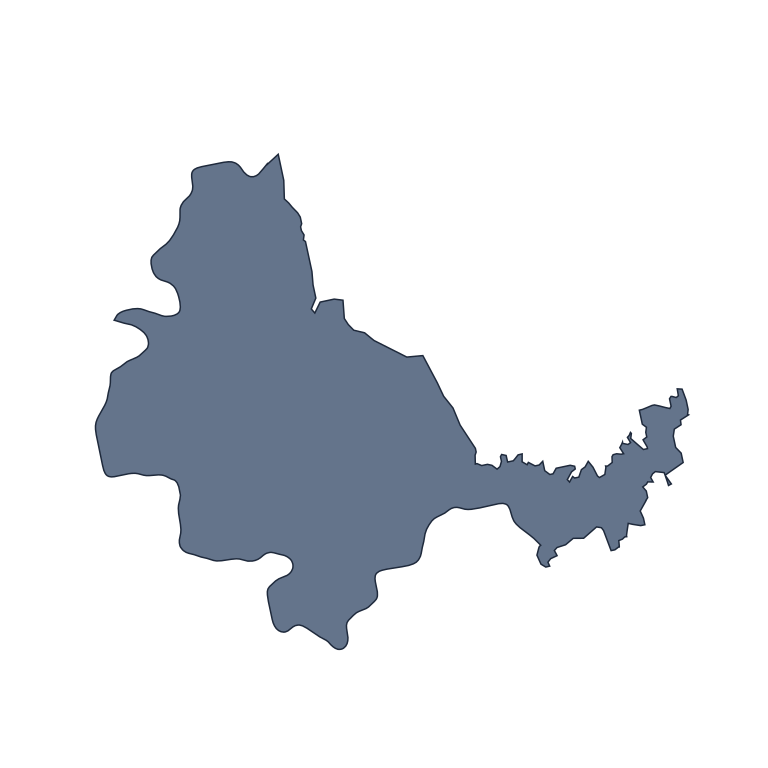 outline of Comendador, La Estrelleta, Dominican Republic, rotated 168°
{"feature_id": "3306468B70878351440693", "entity_name": "Comendador", "entity_type": "district", "adm_level": 2, "iso_a3": "DOM", "parent_name": "Dominican Republic", "parent_adm1": "La Estrelleta", "projection": "robinson", "projection_center": [-71.739, 18.919], "detail": "fine", "context": "isolated", "style": "filled", "palette": "slate", "viewbox_px": 768, "rotation_deg": 168, "n_neighbors": 0, "source": "geoboundaries", "source_scale": "gbopen_adm2", "svg_char_len": 6153}
<svg xmlns="http://www.w3.org/2000/svg" viewBox="0 0 768 768"><g transform="rotate(168 384 384)"><path d="M265.8,192.8L266.7,191.4L270.0,184.8L269.4,182.0L267.9,175.1L263.8,171.3L259.8,171.4L260.7,175.6L257.3,178.5L250.4,180.1L250.9,182.0L252.0,185.7L248.7,188.1L239.8,189.0L231.0,193.7L220.8,191.6L205.8,200.0L201.2,198.2L199.7,195.0L196.5,173.8L192.6,173.8L188.4,175.8L187.9,175.6L187.6,176.2L186.9,182.0L183.0,182.7L180.3,184.4L178.3,184.2L178.3,185.4L176.6,190.2L174.1,196.9L169.9,195.0L162.3,192.1L158.1,192.1L158.1,198.8L159.1,203.5L159.8,206.5L151.9,215.5L152.0,215.7L150.2,217.5L149.7,218.0L149.7,224.8L150.1,225.5L152.3,229.5L148.1,231.5L146.4,233.4L141.1,232.2L142.6,237.1L140.0,240.3L136.8,241.9L128.4,239.1L128.0,236.3L123.7,238.2L107.7,245.0L107.7,249.7L107.7,251.8L107.7,254.6L111.9,261.3L111.9,272.8L109.4,279.5L101.9,282.4L101.5,287.1L92.5,290.5L93.4,291.1L91.8,295.9L91.8,305.4L93.5,317.0L98.2,318.3L98.5,311.3L101.0,310.0L104.9,312.0L105.8,312.2L107.8,310.2L107.8,302.5L109.5,300.6L113.7,302.5L119.5,305.4L123.8,307.3L126.3,307.3L130.9,306.4L136.4,305.4L139.7,305.3L139.7,291.0L136.3,287.1L138.0,282.3L138.0,278.3L138.0,277.5L142.2,275.6L141.8,274.2L139.7,267.9L139.7,266.0L143.9,266.0L147.7,271.0L154.0,279.4L152.3,284.2L153.0,285.4L154.8,282.8L157.0,281.2L155.0,275.4L157.9,274.1L162.9,276.3L162.8,277.5L164.1,275.6L166.6,272.7L164.1,266.0L166.6,266.0L171.0,267.4L174.6,267.2L176.1,265.5L177.1,259.8L182.5,257.2L184.3,257.7L184.3,256.3L186.8,249.6L192.7,247.7L194.3,249.6L196.9,259.2L200.3,265.9L204.5,261.1L208.7,259.2L212.8,252.4L217.1,252.4L218.7,254.3L222.9,249.5L224.6,252.4L222.9,254.3L218.8,259.1L214.6,261.1L214.6,261.6L214.6,262.7L214.6,263.0L214.6,263.9L218.8,265.8L233.1,265.8L237.3,261.0L240.6,261.0L244.8,265.8L244.8,275.4L249.1,272.5L253.3,272.5L259.1,277.3L260.8,275.3L265.1,279.2L264.9,279.9L263.4,286.9L267.6,286.8L270.9,284.0L273.5,282.0L279.3,282.0L279.4,288.7L283.6,290.6L284.1,290.0L285.2,288.7L285.2,283.9L287.7,279.1L291.1,277.2L295.3,282.0L299.5,283.9L305.4,283.9L309.6,286.8L311.3,286.7L309.7,295.4L308.0,298.3L308.0,302.1L309.6,306.2L318.1,328.0L321.5,346.2L328.2,359.6L330.9,371.0L331.6,374.0L340.1,403.7L356.1,405.6L384.7,428.6L387.7,432.3L392.3,438.1L402.4,442.9L406.6,449.6L409.2,456.3L406.7,474.5L415.1,477.4L429.4,477.4L436.9,467.8L439.5,472.5L437.4,475.6L432.8,482.2L432.8,495.6L431.1,509.0L431.2,539.7L432.9,541.6L431.2,546.4L432.9,551.2L432.9,555.1L431.2,557.9L431.2,564.7L432.9,569.4L437.1,576.1L439.6,580.9L443.0,585.7L439.7,604.0L439.7,630.7L452.5,623.1L452.5,623.6L457.2,619.8L463.0,615.4L465.6,614.3L468.5,613.9L471.3,614.5L472.6,615.2L474.7,617.0L477.1,620.5L479.4,625.9L480.9,628.4L482.8,630.5L484.0,631.4L486.7,632.9L489.9,633.7L494.8,634.2L517.1,634.5L521.8,634.2L524.7,633.4L526.0,632.7L527.1,631.7L527.9,630.6L528.5,629.2L529.1,626.4L529.9,617.2L530.8,614.2L531.4,612.9L533.1,610.5L535.1,608.5L542.2,604.1L545.2,601.0L546.7,598.5L547.2,597.1L548.9,589.4L549.8,586.3L551.3,583.2L553.2,580.3L558.9,573.7L563.9,568.9L568.0,566.1L574.6,563.0L582.7,558.0L584.8,556.2L586.1,553.5L586.8,550.1L586.9,544.8L586.4,541.2L585.9,539.5L584.6,536.4L582.8,534.1L580.6,532.2L574.5,528.7L572.3,527.0L569.5,523.6L568.1,520.6L567.0,515.4L566.7,511.8L566.6,506.6L567.2,501.6L568.3,498.5L569.2,497.2L570.5,496.2L571.9,495.5L574.9,494.8L578.0,494.7L582.9,495.4L584.5,495.8L587.3,497.1L593.4,500.9L598.7,503.6L603.6,506.6L606.2,508.0L609.3,509.0L614.2,509.7L620.8,509.7L624.1,509.4L627.1,508.7L629.9,507.5L631.0,506.6L634.7,502.5L625.5,497.5L618.7,494.4L614.8,491.6L611.2,488.1L608.1,484.2L606.6,481.2L606.1,479.7L605.6,476.5L605.8,473.4L606.1,471.9L607.4,469.2L608.3,468.1L610.5,466.6L617.5,462.5L620.3,461.5L627.7,460.0L630.6,459.3L638.2,455.7L646.0,453.2L648.2,451.7L649.0,450.5L650.0,448.0L651.4,442.2L652.3,439.4L655.5,432.7L657.9,426.8L659.6,423.9L661.7,421.1L669.7,412.0L671.8,409.3L673.6,406.4L674.9,403.1L675.6,399.6L676.0,394.2L676.2,362.9L676.0,357.8L675.3,354.6L674.7,353.2L673.8,351.9L672.6,350.9L671.3,350.3L669.9,349.8L667.0,349.4L652.4,349.3L649.2,349.0L646.0,348.4L643.2,347.4L638.1,344.8L635.4,343.8L632.5,343.2L623.4,342.0L620.5,341.2L619.0,340.6L616.6,339.2L612.0,335.4L609.1,333.7L608.2,332.8L606.9,330.4L606.1,326.1L606.2,317.6L607.6,313.6L610.1,308.3L611.0,305.3L611.8,300.0L612.3,289.1L612.9,283.8L613.8,280.5L616.6,274.0L617.2,271.1L617.2,267.9L616.8,266.4L615.5,263.7L614.7,262.6L612.6,260.5L610.2,259.0L605.1,256.5L598.9,252.8L593.5,250.3L587.3,246.8L584.4,245.7L579.5,244.9L569.6,244.3L564.7,243.7L561.6,242.8L554.1,239.1L549.7,238.2L546.7,238.2L543.8,238.7L541.1,239.7L537.6,241.6L535.1,242.6L533.7,242.9L530.8,243.0L529.4,242.8L526.8,241.8L521.9,239.3L518.0,237.5L516.7,236.8L514.4,235.0L512.5,232.8L511.7,231.5L511.1,230.1L510.8,228.5L510.6,226.9L510.8,225.2L511.2,223.6L511.8,222.3L513.6,219.9L515.8,218.2L518.4,217.0L527.1,215.4L531.0,213.9L538.0,209.7L540.0,207.8L540.7,206.5L541.3,205.1L541.9,201.9L542.3,195.1L542.3,177.0L542.1,173.5L541.4,170.2L540.2,167.2L538.4,164.8L536.2,163.1L533.5,162.1L532.0,162.0L529.3,162.5L523.7,165.3L521.1,166.1L518.3,166.1L516.8,165.8L514.0,164.4L510.2,161.2L499.4,150.0L493.8,145.3L492.1,143.3L490.1,139.8L488.5,137.6L486.6,135.6L484.3,134.1L482.9,133.7L481.4,133.5L479.9,133.6L478.5,134.0L476.0,135.5L474.1,137.7L472.8,140.4L472.0,143.4L471.4,152.8L470.9,155.8L469.7,158.4L467.8,160.3L462.2,164.0L458.5,166.0L455.6,166.8L448.2,168.1L445.5,169.1L438.5,173.4L436.4,175.0L435.5,176.1L434.7,177.5L434.3,178.9L433.7,182.1L433.6,192.2L433.3,195.4L432.4,198.3L431.5,199.6L430.3,200.6L427.6,201.8L424.6,202.2L419.8,202.3L404.3,201.5L397.6,201.4L392.6,202.0L389.5,203.0L387.1,204.6L386.1,205.6L384.2,207.9L382.8,210.6L380.5,216.2L377.9,221.6L375.0,228.9L372.5,233.1L369.2,236.9L365.6,240.2L362.8,241.9L359.9,242.9L351.4,245.1L346.5,247.4L343.9,248.3L341.1,248.6L338.3,248.2L335.8,247.2L330.9,244.7L327.9,243.8L324.7,243.3L316.3,242.9L296.7,243.1L292.5,242.5L290.0,241.3L288.9,240.4L288.1,239.2L287.6,237.9L286.9,235.1L286.3,227.4L285.7,224.2L285.3,222.6L283.8,219.5L280.8,215.2L272.8,205.9L269.5,201.8L264.2,193.7L265.8,192.8ZM128.0,236.3L127.1,229.0L126.8,225.6L123.7,226.5L128.0,236.3Z" fill="#64748b" stroke="#1e293b" stroke-width="1.5"/></g></svg>